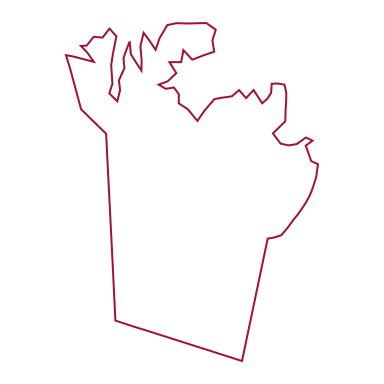 Agricolândia, Piauí, Brazil (Equal Earth projection)
{"feature_id": "56859067B82252507682420", "entity_name": "Agricolândia", "entity_type": "district", "adm_level": 2, "iso_a3": "BRA", "parent_name": "Brazil", "parent_adm1": "Piauí", "projection": "equal_earth", "projection_center": [-42.679, -5.769], "detail": "fine", "context": "isolated", "style": "outline", "palette": "rose", "viewbox_px": 384, "rotation_deg": 0, "n_neighbors": 0, "source": "geoboundaries", "source_scale": "gbopen_adm2", "svg_char_len": 1222}
<svg xmlns="http://www.w3.org/2000/svg" viewBox="0 0 384 384"><path d="M312.5,140.7L306.0,137.5L296.7,144.1L288.4,145.4L280.6,143.6L272.9,133.4L285.3,121.3L285.6,109.6L286.2,100.5L286.3,92.6L284.4,84.6L277.6,83.5L271.7,83.8L271.1,92.9L267.4,98.7L262.2,103.3L253.6,90.0L246.1,98.1L239.0,90.1L231.9,96.3L220.7,97.9L214.3,99.2L204.9,110.1L197.4,120.9L187.7,109.1L178.8,103.4L178.8,94.2L173.9,87.5L165.7,88.8L158.7,84.6L167.6,81.4L176.3,73.1L169.4,62.1L181.2,62.1L183.4,50.1L192.3,59.7L203.1,55.5L214.2,51.7L212.4,40.2L215.8,29.7L206.3,23.0L188.9,23.5L176.3,23.2L167.3,25.1L159.6,38.1L155.6,49.8L149.1,40.1L143.6,32.8L140.4,46.4L141.6,60.2L141.4,70.5L135.3,61.3L130.9,54.3L129.7,41.4L126.8,48.8L123.5,58.0L124.4,68.1L118.9,80.4L120.1,90.1L117.3,101.3L109.3,93.4L112.4,83.8L111.2,65.2L112.9,53.8L116.4,36.3L109.5,28.6L102.5,37.6L93.7,36.8L86.7,45.6L80.9,45.9L87.6,53.0L93.8,61.8L72.8,56.4L66.0,55.1L70.3,69.2L81.1,109.3L106.1,133.7L112.0,250.6L115.4,320.6L134.3,326.8L143.8,329.7L242.0,361.0L267.7,238.6L273.9,237.6L281.3,235.2L287.7,227.7L293.0,220.3L298.2,214.0L305.3,203.6L309.7,195.7L312.8,187.9L316.1,177.3L318.0,164.2L311.2,161.1L308.8,154.2L305.7,145.7L312.5,140.7Z" fill="none" stroke="#9f1239" stroke-width="2"/></svg>